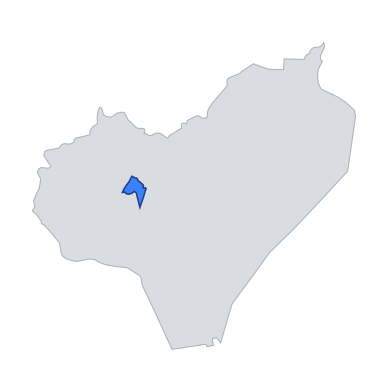 location of Tikrit, Sala ad-Din, Iraq, rotated 274°
{"feature_id": "34846034B31147654733032", "entity_name": "Tikrit", "entity_type": "district", "adm_level": 2, "iso_a3": "IRQ", "parent_name": "Iraq", "parent_adm1": "Sala ad-Din", "projection": "orthographic", "projection_center": [43.738, 34.759], "detail": "fine", "context": "in_parent", "style": "filled", "palette": "blue", "viewbox_px": 384, "rotation_deg": 274, "n_neighbors": 0, "source": "geoboundaries", "source_scale": "gbopen_adm2", "svg_char_len": 4449}
<svg xmlns="http://www.w3.org/2000/svg" viewBox="0 0 384 384"><g transform="rotate(274 192 192)"><path d="M149.7,44.1L152.6,43.4L158.1,38.9L161.4,34.6L162.4,34.2L165.3,35.7L167.3,36.1L172.0,34.5L174.8,35.4L177.2,36.4L178.5,36.5L184.9,39.2L186.5,39.5L189.7,39.9L194.6,40.0L197.7,38.3L200.0,36.6L201.5,36.6L203.0,37.0L204.3,37.7L205.4,39.0L205.9,40.8L205.7,46.5L206.2,48.1L207.1,49.1L208.2,49.3L209.5,48.1L211.8,46.2L214.7,44.2L216.8,42.4L218.0,41.7L219.9,41.8L221.8,42.1L222.8,43.0L223.9,45.9L226.5,56.0L228.0,57.3L229.6,58.3L230.8,59.8L231.3,61.3L231.2,63.6L231.2,66.4L232.0,68.4L232.9,70.0L233.8,70.8L235.1,70.8L236.7,71.2L237.8,72.8L241.3,84.2L241.7,85.7L243.1,86.1L245.5,85.9L247.9,87.0L250.5,88.8L253.0,92.3L254.6,92.8L259.7,92.2L266.7,92.6L270.1,94.3L269.8,95.4L267.3,96.8L262.9,98.3L261.6,100.8L260.9,104.0L261.1,105.9L262.2,107.8L265.5,111.7L265.7,113.1L266.3,115.1L266.9,116.4L266.3,119.1L263.5,120.9L259.8,123.0L252.4,131.9L251.8,133.8L252.0,139.0L251.3,140.5L248.9,140.5L247.0,140.3L246.9,142.1L245.7,144.6L245.1,146.7L248.0,151.6L248.5,154.2L248.1,156.6L245.6,160.8L244.1,163.6L244.5,164.3L246.5,165.3L253.0,174.3L255.2,177.5L257.8,176.6L258.8,176.6L259.6,177.1L260.1,178.2L260.2,179.6L259.5,181.6L263.0,182.4L264.3,184.4L268.4,191.4L268.3,193.5L266.5,196.9L266.5,199.1L267.0,201.1L267.6,201.8L273.5,202.0L276.1,202.7L282.3,206.2L289.5,211.5L295.4,215.9L300.4,219.6L305.7,219.1L307.2,219.8L308.5,221.0L310.1,224.1L313.4,231.2L316.1,233.5L320.2,239.1L324.2,244.3L322.0,251.8L319.8,259.5L320.2,269.4L320.4,274.7L325.5,274.7L331.2,274.7L331.5,281.0L331.8,287.4L332.1,294.6L333.8,294.9L336.5,296.3L337.8,298.6L339.3,299.8L341.0,300.0L342.7,301.0L344.5,303.1L345.2,304.6L344.8,305.7L345.2,307.6L346.5,310.3L348.0,311.5L350.3,313.0L347.3,314.0L344.0,313.5L336.9,310.6L334.6,310.6L331.7,311.9L331.6,313.0L324.1,309.8L321.4,309.2L320.4,309.1L316.2,309.3L310.2,310.2L306.6,311.8L304.2,313.4L303.1,314.9L302.8,315.8L301.0,320.3L298.9,326.0L296.7,331.3L292.4,338.6L289.9,342.0L284.7,348.4L278.9,349.8L265.3,348.9L250.3,347.8L235.3,346.7L224.2,345.8L223.3,345.5L212.3,336.7L203.6,329.8L192.8,321.1L181.8,312.1L170.7,303.0L162.7,296.4L153.0,287.8L144.2,280.0L137.3,273.8L128.4,268.3L121.5,264.0L111.4,257.7L103.4,252.6L96.6,248.3L86.1,241.6L82.6,239.7L71.7,237.2L61.3,235.0L50.5,232.6L43.4,231.1L48.3,226.8L47.1,222.6L43.6,223.2L40.4,224.0L38.7,217.6L41.2,216.9L39.3,208.5L37.4,199.9L35.5,191.5L33.7,183.0L42.9,178.0L49.8,174.3L59.4,169.0L68.6,164.0L77.4,159.1L87.0,153.7L95.6,148.8L103.4,147.0L105.1,145.4L108.8,138.5L111.9,132.6L112.1,131.2L112.3,122.8L113.1,112.8L114.3,107.5L116.1,102.9L117.7,99.5L118.0,96.3L117.8,93.0L116.3,88.1L114.8,82.9L115.1,78.0L115.5,75.3L116.6,71.1L118.5,68.1L120.5,66.2L127.7,64.4L131.9,63.3L137.7,57.9L141.1,54.8L145.9,49.7L149.4,45.9L149.7,44.6L149.7,44.1Z" fill="#d9dde1" stroke="#a8b0b8" stroke-width="1"/><path d="M203.6,131.0L202.3,130.3L202.0,130.2L200.2,129.4L199.1,129.0L198.6,128.8L197.7,128.4L197.2,128.1L196.6,127.7L196.2,127.4L195.3,126.8L194.9,126.6L194.2,126.1L193.6,125.7L193.4,125.6L192.8,125.3L192.1,124.9L191.0,124.2L190.7,124.1L190.3,124.0L188.8,123.4L188.0,123.1L187.4,122.8L186.7,122.6L186.4,122.0L186.4,122.3L186.5,122.5L186.8,123.2L187.0,123.7L187.0,124.4L187.1,125.3L186.7,125.6L186.1,126.1L185.8,126.5L185.7,126.7L185.4,127.4L185.4,127.6L185.4,128.0L185.4,128.6L185.4,128.9L185.5,129.3L185.6,129.7L185.7,130.1L186.0,130.7L186.2,131.4L186.4,131.7L187.4,133.0L187.6,133.3L187.8,133.5L188.3,133.7L188.3,134.1L188.3,134.6L188.5,134.8L188.3,135.0L187.3,136.3L187.0,136.6L186.8,136.7L186.4,136.8L185.3,137.1L184.3,137.4L180.3,138.7L177.2,139.7L174.0,140.7L172.9,141.1L173.8,141.3L174.2,141.4L177.4,142.3L179.2,142.8L180.9,143.3L182.7,143.7L183.7,144.0L185.1,144.3L186.5,144.6L187.4,144.8L188.1,144.9L188.9,145.1L189.9,145.2L190.4,145.4L190.8,145.6L191.1,145.7L191.4,146.0L191.6,146.0L191.9,146.0L192.8,145.4L193.0,145.3L193.0,145.1L192.9,144.7L192.7,144.3L192.7,144.1L192.6,143.4L192.6,143.0L192.8,143.0L193.3,143.0L193.8,142.9L194.3,143.0L194.5,143.1L194.9,143.2L195.3,142.9L195.8,142.5L196.1,142.3L196.3,142.1L196.5,141.7L196.9,141.2L197.1,140.9L197.5,140.4L197.8,140.0L198.1,139.7L198.6,139.0L198.8,138.7L199.1,138.1L199.2,137.9L199.6,137.5L200.3,136.9L200.7,136.8L201.1,136.8L201.2,136.6L201.8,136.1L202.1,135.6L202.1,135.2L202.0,134.9L202.0,134.5L202.0,134.4L202.1,134.2L202.4,133.7L202.5,133.3L202.7,132.6L202.9,132.3L203.6,131.0Z" fill="#3b82f6" stroke="#1e3a8a" stroke-width="1.5"/></g></svg>